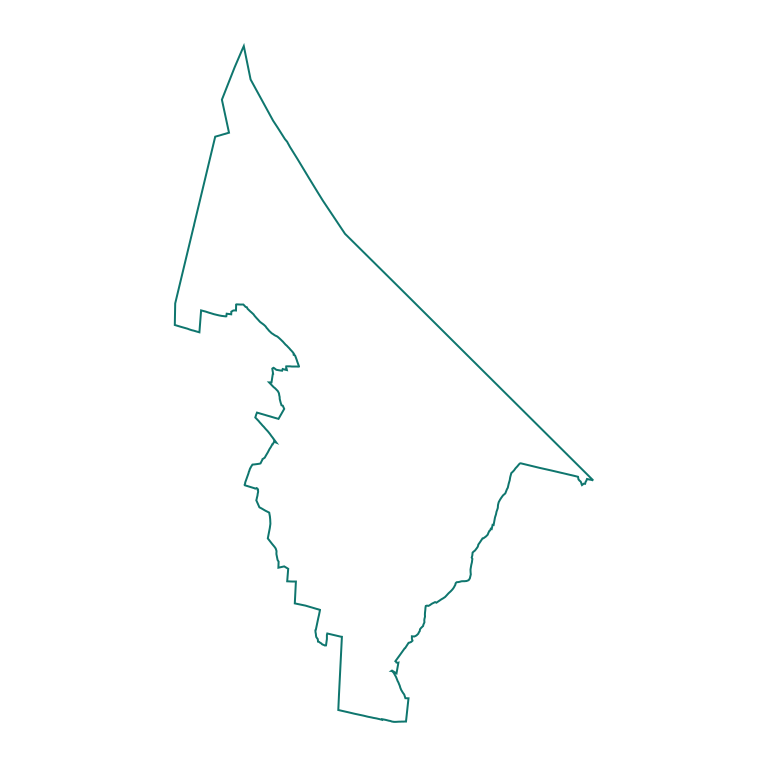 General Pánfilo Natera, Zacatecas, Mexico
{"feature_id": "50627088B90633980293506", "entity_name": "General Pánfilo Natera", "entity_type": "district", "adm_level": 2, "iso_a3": "MEX", "parent_name": "Mexico", "parent_adm1": "Zacatecas", "projection": "equal_earth", "projection_center": [-102.129, 22.703], "detail": "fine", "context": "isolated", "style": "outline", "palette": "teal", "viewbox_px": 768, "rotation_deg": 0, "n_neighbors": 0, "source": "geoboundaries", "source_scale": "gbopen_adm2", "svg_char_len": 6012}
<svg xmlns="http://www.w3.org/2000/svg" viewBox="0 0 768 768"><path d="M243.8,46.1L242.4,49.2L234.6,67.4L226.1,89.0L221.9,99.7L229.0,132.7L215.2,136.7L203.8,184.3L194.3,223.8L193.7,226.7L193.6,226.8L175.2,303.4L174.8,325.0L180.8,326.8L187.5,328.7L189.6,329.5L191.8,330.2L193.9,330.7L196.2,331.4L198.3,332.0L199.4,332.3L201.1,310.4L205.7,311.6L208.4,312.5L208.5,312.5L209.6,312.9L210.1,313.0L211.4,313.4L214.0,314.2L216.5,314.8L219.5,315.5L221.7,315.9L225.8,316.4L226.3,316.3L226.7,313.7L231.2,314.3L231.3,312.6L231.3,311.7L233.1,310.6L234.0,310.4L236.0,310.5L236.0,309.9L236.0,309.0L236.1,306.2L236.1,304.6L236.3,304.4L237.6,304.4L239.6,304.5L241.9,304.5L243.3,304.5L244.1,305.3L245.6,306.9L246.9,307.3L247.5,308.7L250.7,311.8L250.9,311.9L253.6,314.4L254.4,315.6L255.5,316.9L257.3,318.9L257.9,319.5L259.4,321.2L260.3,322.1L263.8,324.7L265.3,326.1L265.6,326.4L266.7,328.0L267.1,328.4L269.2,330.9L270.6,332.2L271.6,333.2L272.9,334.0L273.5,334.4L274.3,335.0L275.5,335.7L276.0,335.9L276.9,336.3L277.9,337.0L279.6,338.5L281.1,339.9L282.4,341.2L282.8,341.5L283.1,341.9L284.9,343.9L285.5,344.6L286.7,345.6L288.1,347.1L289.2,348.2L289.9,349.0L290.7,350.0L291.0,350.2L293.2,352.7L293.6,353.4L293.5,353.8L294.0,354.1L293.8,354.9L295.1,355.5L296.9,360.4L296.9,360.6L299.0,366.4L299.0,366.5L298.8,366.6L298.5,366.6L294.8,366.5L293.3,366.5L291.6,366.5L289.7,366.3L287.0,366.3L286.6,366.3L286.2,366.4L286.2,366.8L286.2,367.3L286.1,368.8L286.6,368.9L286.9,370.1L284.8,369.6L282.7,369.0L282.1,370.7L279.7,370.4L276.3,369.8L274.9,368.7L273.6,367.8L272.8,368.2L272.3,368.6L272.4,369.3L273.1,373.9L272.8,374.0L271.5,382.4L269.1,382.4L273.6,387.1L274.9,388.1L276.1,389.3L277.9,391.2L278.9,393.2L279.1,394.2L279.2,395.1L279.6,396.7L279.7,398.0L279.7,398.9L280.7,402.8L281.2,404.3L281.5,405.3L282.8,405.7L284.2,408.9L278.5,418.9L257.0,412.6L256.2,414.6L255.3,417.5L259.0,421.4L259.5,422.1L261.5,424.3L262.5,425.5L263.8,426.8L265.4,428.7L266.6,430.0L267.9,431.4L269.9,433.9L271.6,436.3L272.8,437.8L273.2,438.5L273.3,438.5L274.4,440.0L276.3,442.6L274.1,441.7L274.1,441.8L273.5,442.9L272.6,444.4L272.3,444.3L271.0,446.8L269.5,449.1L267.8,452.4L266.0,455.4L265.0,457.2L264.7,457.7L263.1,458.8L262.5,459.1L262.2,460.1L261.8,460.8L260.5,463.4L259.5,463.7L257.6,464.0L254.6,464.4L253.3,464.5L252.5,464.6L252.3,465.0L252.1,465.1L251.9,465.4L251.6,465.9L250.7,467.4L250.4,468.1L250.1,468.4L250.0,468.9L249.8,469.2L249.6,469.8L249.5,470.2L249.5,470.4L249.3,470.8L249.2,471.2L249.0,471.5L248.9,471.7L248.5,473.3L245.2,482.5L245.2,483.2L244.6,484.9L244.9,485.3L255.0,488.4L255.2,488.6L255.8,488.5L256.4,488.2L256.6,488.1L257.4,488.6L257.7,489.0L257.9,489.4L258.0,489.7L257.7,490.0L257.9,490.4L258.1,490.9L258.1,491.8L258.0,492.5L257.7,493.7L257.5,495.4L257.2,496.7L256.9,497.7L256.8,498.4L256.6,499.2L256.3,500.3L259.4,507.3L261.5,508.4L265.4,510.7L269.2,512.6L269.9,516.4L270.2,519.4L270.4,523.8L269.8,528.1L267.8,538.4L272.0,543.8L274.5,546.8L275.7,548.5L276.5,551.0L276.4,554.0L277.5,559.6L277.7,560.2L278.6,561.6L278.4,567.7L284.2,566.4L288.2,568.8L287.2,581.3L291.5,581.5L295.9,581.5L294.8,603.4L305.4,605.6L320.0,609.9L320.0,610.0L318.9,615.4L318.4,617.5L317.6,621.3L315.8,629.9L315.4,630.2L315.5,632.1L315.9,634.2L316.0,635.7L316.3,637.1L317.2,638.4L317.7,639.0L317.9,640.2L318.0,641.6L318.9,641.8L319.8,642.5L320.8,643.1L321.4,643.5L322.0,644.2L322.8,644.6L323.7,644.9L324.9,645.5L326.0,645.4L326.9,639.0L326.9,635.8L326.9,634.9L327.3,633.5L337.1,635.8L340.5,636.6L341.9,636.8L339.0,694.3L338.3,710.0L347.5,712.1L348.0,712.2L354.3,713.7L363.7,715.7L366.5,716.4L368.2,716.8L371.3,717.4L373.5,717.9L376.4,718.4L380.6,719.4L382.1,719.8L382.1,719.2L383.2,719.4L384.2,719.6L384.3,719.6L385.3,719.8L387.7,720.4L388.8,720.7L390.0,720.9L391.0,721.2L392.1,721.6L393.2,721.7L393.9,721.9L395.5,721.9L398.6,721.7L400.2,721.7L401.6,721.6L402.9,721.6L405.8,721.5L406.0,721.5L408.5,698.3L405.4,698.2L404.2,694.5L402.8,692.6L402.1,691.4L401.2,689.9L400.6,688.4L400.4,688.0L399.7,685.6L399.0,684.0L398.4,682.4L397.6,681.0L397.2,679.9L396.0,676.9L394.6,674.4L393.8,672.9L392.6,671.6L392.1,671.1L391.4,671.0L392.0,670.6L396.5,673.4L398.4,662.7L397.8,662.9L397.1,662.7L396.5,662.5L396.5,662.2L395.4,661.2L399.7,655.3L404.7,648.3L405.1,648.2L408.6,642.8L409.1,642.7L409.4,642.7L411.2,641.9L412.5,640.7L411.9,638.8L411.9,636.3L414.4,636.5L416.4,635.5L418.3,633.7L418.8,632.4L419.7,631.2L420.0,629.3L421.1,627.9L423.1,626.0L423.4,624.6L424.4,622.4L424.4,621.8L424.3,620.5L424.4,619.2L425.0,616.6L424.9,614.5L425.0,612.7L425.3,610.1L425.5,607.5L425.8,606.0L427.0,605.6L428.3,605.9L429.6,605.3L431.9,603.7L435.1,602.1L436.4,602.7L440.1,600.2L441.4,599.3L443.0,598.4L445.1,597.0L446.6,595.4L448.6,593.2L450.6,591.4L452.3,589.6L453.4,588.2L454.3,586.7L454.9,585.5L455.3,584.9L455.6,583.4L456.1,582.7L456.8,582.2L458.2,582.1L459.7,581.8L461.4,581.3L462.8,581.2L464.6,581.2L466.6,581.0L468.6,580.2L469.8,578.5L470.8,574.4L470.6,572.4L470.5,569.6L470.7,568.3L471.3,564.8L471.9,562.4L472.2,559.9L472.4,558.9L471.7,557.6L472.3,555.5L472.6,552.6L473.5,551.7L475.0,550.5L476.0,549.2L477.5,547.2L478.1,545.8L478.3,544.6L479.8,542.5L481.6,539.8L482.6,538.3L483.4,538.3L485.9,536.5L487.7,534.7L488.5,532.6L489.5,530.7L490.2,530.4L490.8,528.7L491.7,529.0L492.6,524.8L493.6,525.0L494.3,521.2L495.0,517.4L496.0,514.3L496.5,511.7L497.2,509.8L497.8,507.9L498.0,505.0L498.7,502.2L500.1,499.6L501.4,497.6L503.0,495.4L505.3,493.4L506.9,489.3L507.8,487.7L508.7,483.7L509.7,480.3L510.2,477.2L511.3,473.1L512.6,471.9L514.1,470.3L515.5,468.3L517.3,466.4L518.6,464.8L519.7,463.6L520.7,463.3L523.2,463.9L539.3,467.8L551.4,470.5L575.3,476.1L578.0,476.8L578.5,479.4L579.5,480.6L580.7,481.6L581.4,483.3L581.6,484.3L582.0,485.1L583.7,483.7L585.1,483.8L585.6,481.9L586.4,480.6L587.0,479.0L589.2,479.5L590.5,479.7L591.1,479.8L592.2,480.1L593.2,480.4L471.3,359.2L431.8,319.9L396.0,284.3L345.0,233.8L322.9,200.7L317.5,192.0L308.7,177.6L297.6,159.2L290.0,147.0L287.8,143.0L287.2,141.8L285.0,139.2L277.9,128.0L273.1,120.7L250.6,79.5L243.8,46.1Z" fill="none" stroke="#0f766e" stroke-width="2"/></svg>